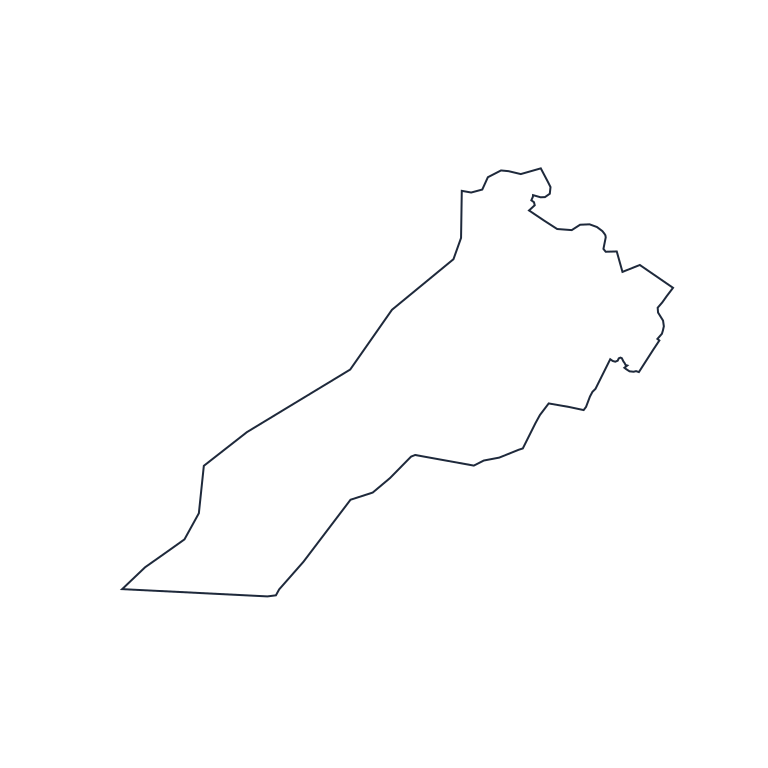 Ogu Bolo, Rivers, Nigeria, rotated 76°
{"feature_id": "59680162B82820769085578", "entity_name": "Ogu Bolo", "entity_type": "district", "adm_level": 2, "iso_a3": "NGA", "parent_name": "Nigeria", "parent_adm1": "Rivers", "projection": "natural_earth1", "projection_center": [7.196, 4.622], "detail": "fine", "context": "isolated", "style": "outline", "palette": "slate", "viewbox_px": 768, "rotation_deg": 76, "n_neighbors": 0, "source": "geoboundaries", "source_scale": "gbopen_adm2", "svg_char_len": 1336}
<svg xmlns="http://www.w3.org/2000/svg" viewBox="0 0 768 768"><g transform="rotate(76 384 384)"><path d="M562.9,540.0L557.9,535.4L537.1,505.3L488.2,444.5L486.6,421.2L476.7,400.9L461.0,375.3L460.4,371.0L484.9,316.6L482.4,305.7L483.3,290.0L480.4,269.3L480.1,264.9L458.5,246.4L451.8,240.2L442.7,228.9L451.1,209.9L457.6,196.6L455.1,193.5L446.0,187.2L442.0,183.6L439.9,180.0L414.7,158.5L417.0,156.5L418.3,154.2L417.9,151.6L415.9,150.0L415.6,148.2L416.5,147.0L420.2,146.2L421.5,145.6L424.0,145.0L424.9,143.5L426.4,146.8L428.1,145.5L431.1,142.7L432.5,138.8L432.5,136.3L434.1,133.8L415.7,114.3L408.4,106.3L406.4,107.8L402.5,102.2L399.5,100.4L395.7,98.5L390.0,97.9L381.0,100.8L376.2,100.0L372.1,94.2L367.2,88.5L360.6,80.3L330.4,107.0L332.9,125.5L311.7,126.1L309.3,136.9L306.0,138.4L295.4,133.4L293.3,133.2L291.7,133.7L288.5,135.1L283.2,139.4L278.8,145.9L276.9,155.2L280.1,164.6L275.5,178.5L264.2,189.1L250.7,201.3L247.0,194.5L243.9,194.5L241.4,196.6L238.3,194.2L236.8,193.7L240.7,186.9L241.6,182.6L239.5,177.1L233.2,174.8L227.8,176.0L212.7,179.7L213.4,200.5L207.6,211.7L205.1,218.8L208.5,233.2L219.1,241.6L219.3,253.1L215.4,261.8L260.9,273.9L279.7,286.4L313.9,358.3L361.8,413.3L397.5,528.6L419.8,578.6L464.6,594.9L486.5,615.2L495.2,637.4L504.0,660.1L519.7,687.7L561.9,548.5L562.9,540.0Z" fill="none" stroke="#1e293b" stroke-width="2"/></g></svg>